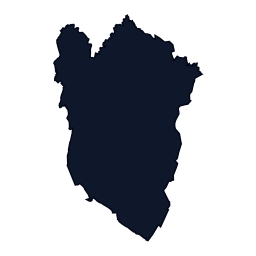 outline of Cutzamala de Pinzón, Guerrero, Mexico
{"feature_id": "50627088B53912122145635", "entity_name": "Cutzamala de Pinzón", "entity_type": "district", "adm_level": 2, "iso_a3": "MEX", "parent_name": "Mexico", "parent_adm1": "Guerrero", "projection": "natural_earth1", "projection_center": [-100.648, 18.642], "detail": "fine", "context": "isolated", "style": "filled", "palette": "ink", "viewbox_px": 256, "rotation_deg": 0, "n_neighbors": 0, "source": "geoboundaries", "source_scale": "gbopen_adm2", "svg_char_len": 5535}
<svg xmlns="http://www.w3.org/2000/svg" viewBox="0 0 256 256"><path d="M201.4,73.9L200.0,71.8L198.2,71.0L198.8,69.6L198.7,67.5L198.3,67.3L196.9,67.4L196.6,66.9L196.8,64.5L197.1,63.5L197.0,63.2L195.3,65.0L194.9,64.6L194.8,63.4L193.9,63.5L193.1,64.0L192.3,64.9L192.9,66.2L192.7,66.4L191.6,66.3L191.3,65.2L189.4,64.8L189.3,63.6L188.5,64.1L188.2,64.9L188.2,65.6L187.5,65.9L186.8,65.4L186.7,64.8L187.1,64.6L187.3,62.9L186.5,61.1L186.7,60.2L185.9,59.8L186.2,59.2L186.3,58.6L186.1,58.0L186.3,57.6L185.9,57.1L184.8,57.1L183.7,58.2L178.8,57.5L178.1,56.7L177.2,56.3L173.9,60.6L173.2,59.6L173.4,59.2L172.1,56.2L172.0,55.5L171.3,54.0L171.1,52.9L171.7,51.9L174.1,50.9L172.7,44.7L169.3,41.5L164.7,42.2L159.9,38.3L155.1,35.4L155.4,39.1L154.2,38.8L152.8,38.2L151.2,36.4L150.7,35.4L150.0,34.8L149.7,34.6L148.6,34.6L147.6,34.0L145.9,34.1L144.4,33.4L143.3,32.5L143.0,31.7L142.1,30.8L140.2,30.1L140.3,29.2L139.5,28.8L138.2,28.6L137.6,29.0L136.9,28.7L136.4,28.2L136.3,27.2L135.3,26.6L134.9,25.4L134.2,25.4L134.2,25.2L134.6,24.5L134.1,24.2L134.1,23.4L133.7,23.2L133.5,22.5L132.4,21.6L132.3,20.7L131.3,21.0L131.0,21.3L130.6,20.8L129.3,20.9L129.4,20.4L128.8,19.6L128.9,19.0L128.5,18.3L128.6,17.4L128.2,17.3L128.2,16.6L127.4,15.8L127.3,15.4L126.9,15.7L126.2,15.7L126.0,16.0L126.1,17.5L125.2,18.9L124.6,19.2L123.9,19.0L123.4,19.6L123.4,20.0L123.8,20.7L123.7,21.5L123.2,22.1L122.4,22.5L122.2,22.9L122.8,24.6L122.7,25.0L121.4,25.4L120.8,24.8L119.9,24.5L117.9,25.1L116.7,24.6L115.5,25.4L115.3,26.2L115.6,27.1L114.9,27.7L113.8,28.0L113.7,28.6L114.0,28.8L114.7,31.7L114.5,33.2L113.6,33.7L112.1,33.2L111.2,33.7L110.7,34.7L110.5,35.5L110.6,35.9L111.6,37.1L111.6,37.3L110.5,38.2L109.8,37.9L109.4,38.1L108.3,40.1L107.0,40.2L105.9,39.9L105.7,39.9L105.0,41.3L104.7,42.4L104.5,42.6L103.9,42.5L103.5,42.7L103.0,44.3L103.1,45.2L103.6,46.2L104.3,45.8L104.9,45.8L105.4,46.4L105.4,46.8L104.8,47.2L103.4,47.1L101.7,48.0L101.3,47.9L100.9,47.6L100.2,47.8L100.0,48.6L100.5,50.3L100.3,51.3L99.9,51.6L99.4,51.5L99.0,51.7L98.7,53.8L98.4,54.2L97.3,53.6L96.4,54.5L95.9,53.1L95.6,53.1L95.0,56.3L94.3,58.1L94.0,58.4L92.6,57.7L90.5,57.6L90.2,57.3L90.1,55.5L90.4,53.2L90.3,49.4L90.7,47.5L91.3,46.3L91.4,44.8L91.2,44.4L90.5,44.1L88.0,44.0L87.8,43.8L87.7,43.3L87.8,41.9L87.9,41.2L88.7,39.8L88.8,39.2L88.6,38.9L87.7,38.7L85.9,36.1L83.2,33.1L82.2,32.5L80.0,32.7L78.9,32.5L78.4,32.1L78.1,31.4L77.9,30.3L78.1,29.4L78.5,28.7L78.3,28.0L77.7,27.8L76.5,27.9L75.1,29.3L74.7,29.2L74.0,28.3L73.7,27.5L74.1,25.2L73.8,24.6L73.3,24.4L71.9,24.9L70.9,24.6L69.3,25.5L68.9,25.5L67.7,25.0L67.2,26.1L67.0,25.6L66.7,25.6L66.1,26.3L66.2,26.6L65.7,27.0L65.8,27.8L65.6,28.0L65.3,27.8L64.0,28.7L63.5,28.1L62.6,28.2L62.2,29.3L60.6,30.8L61.1,31.1L61.1,31.5L61.6,32.1L61.3,33.5L60.5,34.5L59.9,36.1L59.5,36.3L58.3,37.9L58.3,38.7L57.9,38.9L56.9,40.0L56.9,40.3L57.1,40.4L57.0,40.7L57.2,41.6L56.9,42.2L58.2,47.5L60.4,54.9L59.5,57.3L57.5,58.7L57.0,59.4L55.4,60.8L54.5,61.7L54.1,62.8L54.0,63.6L54.5,63.9L55.1,65.8L55.3,67.6L55.8,68.7L55.5,68.9L56.0,70.4L55.6,70.8L56.2,71.5L55.9,71.6L55.9,71.8L56.5,72.2L56.8,71.9L56.8,72.3L56.5,72.5L56.5,72.9L57.5,73.3L57.2,73.9L56.9,73.9L57.0,74.5L56.7,74.8L56.8,75.0L56.1,75.0L56.4,75.5L56.3,76.0L55.4,76.4L55.7,77.1L55.1,77.5L55.1,78.0L54.8,78.4L55.0,78.9L54.8,79.5L54.8,80.3L55.2,80.3L56.0,80.7L58.1,82.6L59.8,80.8L60.1,81.0L60.7,80.8L61.9,82.0L61.7,82.5L61.4,82.7L61.5,83.2L61.3,83.3L62.5,84.9L63.6,85.8L64.2,86.6L63.2,87.9L63.8,88.9L63.5,89.1L63.0,91.1L62.6,92.1L62.5,93.3L62.2,93.5L62.2,94.0L61.8,94.2L61.8,94.8L61.4,95.6L60.9,97.8L61.1,99.9L60.4,102.4L59.4,104.0L59.7,105.0L59.3,105.4L59.8,107.2L59.8,107.5L60.0,107.5L60.3,107.1L61.0,107.1L61.5,106.8L61.3,106.1L62.1,105.8L62.8,106.0L64.2,105.8L64.9,104.8L65.2,104.9L65.2,105.9L65.8,106.8L66.6,107.4L66.7,108.2L67.8,109.4L67.9,109.9L68.3,110.5L68.3,112.0L68.7,112.6L68.7,113.0L68.5,113.8L68.7,114.5L68.3,115.0L68.3,115.6L67.9,116.4L67.0,118.0L67.3,118.2L67.6,119.3L68.5,120.0L68.7,120.8L69.4,121.9L69.6,127.7L69.1,128.3L69.5,129.1L70.0,129.4L70.4,129.4L72.6,128.3L72.4,132.0L72.2,133.6L70.6,141.0L70.0,142.0L69.8,143.0L68.5,150.0L68.9,150.9L67.5,155.8L67.8,164.2L67.3,165.2L75.3,185.0L76.3,184.7L77.6,184.8L78.7,184.3L79.2,183.6L80.0,183.7L81.6,184.9L83.7,187.0L84.3,187.8L84.9,189.4L88.8,195.1L88.9,196.0L89.8,197.9L89.6,198.7L89.2,199.0L88.8,198.8L86.6,199.5L88.5,200.6L89.7,201.1L90.3,200.6L90.7,200.9L90.7,200.7L92.0,200.1L91.9,199.7L92.4,198.6L93.3,197.6L96.2,199.8L96.2,200.0L97.2,201.0L99.8,202.6L101.8,203.2L102.6,204.0L108.3,207.4L110.9,209.4L112.1,210.6L112.7,212.8L116.9,212.7L117.2,214.1L116.9,215.0L117.2,215.4L117.3,217.1L117.8,218.1L117.6,219.4L118.9,220.4L119.1,221.5L122.2,223.9L126.1,226.5L128.3,227.5L128.4,227.8L133.5,231.8L134.9,232.1L135.1,232.4L135.4,232.2L135.5,232.7L136.1,233.6L139.3,234.3L143.2,237.2L143.3,237.6L143.6,237.5L145.1,238.6L145.4,237.9L145.8,237.8L146.2,240.0L147.1,240.2L147.9,240.6L152.4,234.6L158.1,225.1L158.9,225.2L160.6,226.8L168.3,209.8L167.2,209.6L167.1,209.4L169.7,205.3L169.4,201.7L168.7,201.4L163.3,190.5L166.0,187.0L168.2,182.3L167.9,181.9L168.0,181.6L168.5,181.3L169.8,181.0L170.8,181.2L171.2,180.5L172.3,180.1L173.4,180.0L173.2,175.2L176.5,166.9L177.5,163.5L175.0,160.6L177.2,158.4L178.6,152.2L181.2,143.9L179.3,133.6L175.2,128.9L174.6,125.8L174.7,123.0L175.3,121.0L175.8,119.7L178.8,113.9L178.6,110.9L178.3,110.1L178.2,109.0L178.4,107.9L179.3,106.5L180.5,105.7L184.9,104.6L187.8,104.1L190.7,100.8L189.7,100.2L189.6,99.9L189.4,94.2L191.3,91.9L191.8,90.9L193.4,83.3L194.1,82.1L194.5,80.6L194.6,78.3L202.0,74.2L201.4,73.9Z" fill="#0f172a" stroke="#020617" stroke-width="1.5"/></svg>